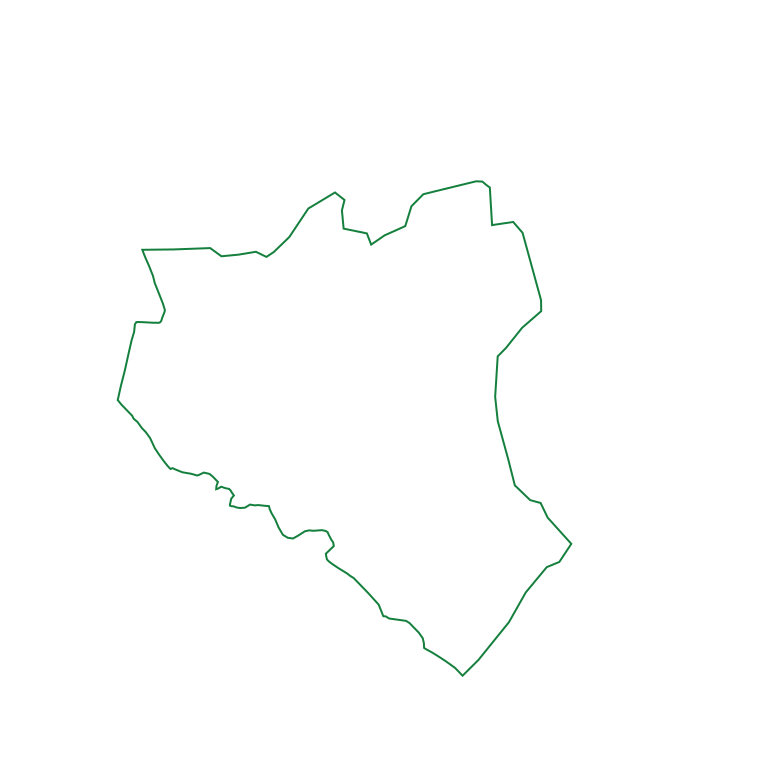 the district of Al-Hai, Wasit, Iraq, rotated 46°
{"feature_id": "34846034B47380320671203", "entity_name": "Al-Hai", "entity_type": "district", "adm_level": 2, "iso_a3": "IRQ", "parent_name": "Iraq", "parent_adm1": "Wasit", "projection": "mercator", "projection_center": [45.957, 32.179], "detail": "fine", "context": "isolated", "style": "outline", "palette": "green", "viewbox_px": 768, "rotation_deg": 46, "n_neighbors": 0, "source": "geoboundaries", "source_scale": "gbopen_adm2", "svg_char_len": 2301}
<svg xmlns="http://www.w3.org/2000/svg" viewBox="0 0 768 768"><g transform="rotate(46 384 384)"><path d="M210.6,586.7L216.4,587.2L219.1,587.2L224.0,587.2L227.1,587.2L232.0,587.2L235.1,588.2L240.0,587.7L247.5,588.8L253.3,588.8L260.4,589.8L271.1,593.5L279.5,595.0L287.5,596.1L292.9,596.6L296.8,596.6L297.7,594.5L300.4,593.5L304.0,591.9L307.5,590.3L314.6,585.1L316.3,584.1L320.0,582.0L320.8,580.4L322.6,575.1L325.7,573.1L327.5,572.0L331.5,571.5L335.5,571.5L339.1,571.5L340.8,575.1L343.1,577.8L343.9,576.2L344.8,572.5L348.8,570.4L351.9,568.3L354.2,568.3L356.4,568.9L359.9,569.4L360.4,573.6L363.5,578.3L364.4,579.3L365.7,578.8L367.5,577.2L370.6,575.7L373.3,573.6L376.4,569.9L377.7,564.1L381.3,561.5L383.9,558.4L388.4,554.7L391.9,551.6L394.6,553.1L399.0,554.7L405.7,556.3L413.7,559.4L422.2,561.5L427.9,560.0L431.9,556.8L433.3,551.6L435.0,543.2L437.3,539.5L440.4,536.9L446.1,530.1L449.3,528.0L451.5,527.5L454.1,528.5L459.5,530.1L462.6,530.6L465.7,532.7L465.7,537.4L465.7,543.7L467.9,545.3L470.6,546.9L473.3,546.9L477.3,546.3L484.4,544.8L495.0,542.1L498.6,541.6L502.6,540.6L504.8,540.6L509.7,540.6L514.6,540.6L523.5,540.6L539.0,541.1L543.0,542.7L548.6,545.0L550.6,545.8L552.3,544.2L556.3,543.2L564.3,536.9L569.7,532.7L573.7,531.7L579.4,531.7L587.0,531.7L593.7,532.7L598.1,535.3L601.7,538.5L603.9,538.0L610.6,535.9L619.0,533.8L626.1,532.2L637.7,530.1L645.2,530.1L648.4,530.1L648.4,528.7L648.1,507.8L642.1,459.5L632.4,426.8L628.8,394.1L633.8,381.5L629.1,360.3L593.8,359.1L578.4,354.0L569.1,359.5L547.8,360.3L525.1,347.3L489.8,328.0L470.5,313.0L443.1,283.0L442.8,271.2L439.5,245.6L440.8,220.3L432.8,212.8L371.5,179.3L357.2,178.5L346.6,193.3L344.8,195.9L316.2,171.4L311.5,172.2L306.8,172.6L302.2,176.9L280.7,213.7L274.8,223.9L275.2,240.8L285.2,259.0L277.5,280.3L274.8,296.4L263.8,291.7L244.2,305.1L229.9,293.7L224.2,284.6L212.2,286.2L205.2,316.5L212.5,350.0L212.5,371.7L210.9,380.3L199.9,384.3L189.9,398.8L179.2,412.2L177.6,412.5L165.5,414.6L141.2,441.7L141.5,441.4L119.6,464.6L124.4,466.7L129.8,468.8L135.6,470.9L145.8,475.1L152.0,478.7L172.4,487.1L178.7,490.3L180.0,492.4L181.8,496.5L184.0,500.7L184.0,502.8L183.1,503.9L179.5,507.6L173.3,513.3L168.9,517.5L167.5,519.1L168.0,521.7L172.9,527.5L177.3,535.3L183.1,544.2L194.2,561.0L202.6,574.6L210.6,586.7Z" fill="none" stroke="#15803d" stroke-width="2"/></g></svg>